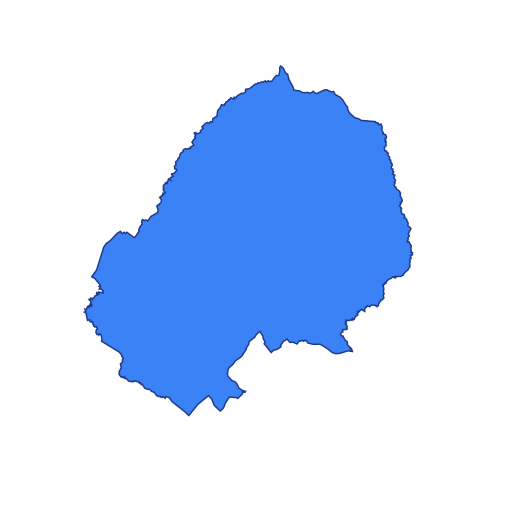 Chulabhorn, Nakhon Si Thammarat, Thailand (Albers equal-area conic projection), rotated 138°
{"feature_id": "78962969B60161161731937", "entity_name": "Chulabhorn", "entity_type": "district", "adm_level": 2, "iso_a3": "THA", "parent_name": "Thailand", "parent_adm1": "Nakhon Si Thammarat", "projection": "albers", "projection_center": [99.858, 8.079], "detail": "fine", "context": "isolated", "style": "filled", "palette": "blue", "viewbox_px": 512, "rotation_deg": 138, "n_neighbors": 0, "source": "geoboundaries", "source_scale": "gbopen_adm2", "svg_char_len": 6106}
<svg xmlns="http://www.w3.org/2000/svg" viewBox="0 0 512 512"><g transform="rotate(138 256 256)"><path d="M434.4,248.4L432.7,245.9L431.7,245.7L431.5,244.8L430.8,245.0L430.3,244.2L429.0,243.8L428.8,242.4L427.4,241.5L427.8,239.6L426.9,239.5L426.7,238.7L427.4,237.3L426.4,236.8L427.1,232.2L425.6,229.2L424.1,227.9L424.2,225.3L422.8,222.7L423.3,218.9L422.1,216.3L421.0,215.9L421.1,214.5L420.3,213.6L418.8,213.4L418.8,211.1L416.6,211.5L415.3,208.7L415.8,203.9L413.1,188.0L412.7,182.4L398.2,184.7L384.7,184.0L384.6,179.5L387.0,172.9L386.3,164.7L382.2,164.8L378.9,166.1L378.5,166.8L370.3,169.1L365.2,163.8L365.0,162.4L358.2,162.6L357.1,164.1L355.5,162.1L354.3,162.6L355.9,164.6L357.1,169.0L355.6,174.4L355.9,177.2L357.2,179.1L357.4,185.3L356.2,187.4L353.0,190.1L351.7,190.9L345.4,191.0L341.7,191.9L334.1,191.0L325.6,193.2L324.4,194.2L320.7,195.2L318.5,197.0L311.3,196.5L308.6,197.4L303.6,197.5L304.5,191.4L305.7,190.3L306.9,185.7L308.6,185.4L309.3,174.1L306.0,174.2L302.6,172.4L298.1,171.9L297.7,173.1L293.0,174.2L288.5,173.4L288.6,169.0L286.4,167.5L284.3,163.1L281.0,164.0L279.9,162.9L278.1,162.5L277.7,160.7L276.1,160.9L275.3,158.5L275.7,157.0L274.5,154.8L272.2,151.7L267.4,147.6L265.1,140.2L263.9,133.2L262.1,130.1L259.2,127.8L251.0,123.9L248.3,120.5L247.8,121.0L248.4,122.4L247.1,122.8L247.2,124.0L248.0,124.5L247.2,125.1L247.6,128.6L245.6,131.1L246.1,133.9L244.9,138.3L246.0,139.7L245.1,141.7L243.8,142.0L242.3,141.4L240.9,143.4L238.4,141.1L237.0,140.7L236.8,141.8L235.2,142.8L235.0,145.6L233.9,145.5L234.1,146.9L232.6,146.8L232.1,148.0L229.8,145.5L228.0,145.1L227.7,144.0L226.3,145.0L226.2,143.4L225.6,143.1L223.3,144.3L219.6,144.1L219.2,145.7L217.6,145.5L217.5,146.6L216.4,145.7L213.5,145.9L212.2,142.1L211.3,143.5L208.8,144.7L208.2,144.1L206.7,144.6L205.5,142.3L203.2,142.4L201.4,140.7L200.3,139.3L200.2,137.6L199.4,137.2L198.0,137.5L197.1,138.4L192.9,139.4L192.6,139.9L191.7,139.0L189.0,139.3L188.0,141.5L185.9,142.3L185.8,143.5L182.7,146.4L180.9,149.8L180.6,149.1L179.3,149.0L178.6,149.8L177.5,148.8L176.9,149.7L172.9,149.9L170.7,149.0L168.5,149.1L168.0,147.7L166.9,147.8L167.1,146.5L166.3,146.5L165.9,147.3L162.2,144.1L159.3,143.2L157.6,144.1L152.4,144.1L148.7,145.1L146.5,147.9L145.0,148.9L144.1,150.6L142.4,150.4L140.9,152.9L138.8,152.2L138.6,153.2L137.5,153.8L138.2,154.9L135.8,158.1L133.9,159.6L132.9,164.4L134.0,164.7L134.1,165.4L131.6,166.7L131.2,167.8L128.6,168.3L128.3,170.3L122.5,172.8L122.4,174.5L123.2,176.5L120.8,178.8L120.5,181.1L119.8,181.7L119.5,183.7L120.3,185.2L119.2,185.7L118.1,187.6L119.5,189.9L118.0,192.0L118.2,192.7L116.0,193.9L115.7,197.5L113.4,197.7L113.0,199.2L111.2,198.6L110.0,199.5L108.5,204.3L106.5,206.2L106.8,207.0L106.0,207.9L106.8,211.7L106.1,213.2L106.3,215.9L103.6,217.4L103.8,218.3L101.7,218.8L101.2,221.8L98.7,223.2L99.7,225.5L97.4,226.3L97.8,227.5L96.1,228.9L96.8,230.0L96.7,231.1L93.9,232.4L93.3,233.5L93.5,234.2L92.9,234.5L93.0,236.1L91.7,237.1L92.2,238.7L90.6,239.9L90.6,242.5L88.9,243.9L89.7,245.3L88.7,246.5L89.9,248.1L88.2,250.6L85.1,251.1L84.7,252.4L82.9,253.7L83.4,255.0L82.0,255.2L81.7,256.9L80.3,256.5L79.3,257.2L78.5,259.5L80.0,261.9L79.0,262.3L78.3,265.3L75.8,267.7L74.8,270.5L77.3,271.4L76.2,273.2L77.6,274.8L77.3,275.9L87.1,286.4L88.0,289.6L89.9,292.3L90.9,299.4L89.7,303.6L88.2,305.6L88.4,307.3L87.1,314.2L87.3,318.0L89.1,322.9L88.3,326.3L90.1,327.2L92.1,332.0L93.7,333.5L102.1,336.1L103.0,337.3L103.3,340.1L106.8,340.5L107.6,342.3L112.1,346.3L113.1,349.5L116.9,353.9L115.3,357.2L113.4,365.2L110.9,369.9L111.5,372.4L110.0,377.6L110.6,380.7L112.5,380.1L114.2,377.9L118.0,375.0L118.8,375.1L120.0,376.5L123.7,376.2L127.2,375.2L129.4,376.9L129.7,378.1L132.0,378.2L131.9,379.9L134.9,380.7L135.4,381.7L138.0,382.4L138.5,383.3L140.8,383.4L141.5,384.3L149.0,384.7L151.8,386.7L152.8,386.4L153.5,385.0L155.5,385.1L157.2,385.6L158.0,386.7L162.5,387.5L165.3,387.2L165.9,388.6L167.3,387.2L168.9,390.5L170.3,389.9L171.7,390.5L172.2,389.9L175.3,390.5L176.6,389.7L177.9,390.0L178.7,389.3L180.5,391.5L183.9,390.0L187.0,389.8L191.6,386.0L196.0,387.0L198.8,384.8L200.1,386.4L202.0,386.0L202.9,387.6L204.6,388.4L209.7,388.2L209.9,386.1L213.6,386.2L214.2,385.1L215.7,385.1L217.8,386.2L218.4,388.3L219.3,388.8L220.0,388.2L219.5,386.4L221.6,385.8L222.3,384.0L223.8,384.3L227.5,383.4L227.9,380.1L232.2,380.8L232.6,379.8L233.5,380.0L234.2,381.2L235.7,381.4L236.6,383.0L238.6,383.5L239.3,383.5L240.1,382.4L243.7,382.7L247.8,380.1L248.4,380.8L250.6,379.5L252.6,379.8L254.4,377.4L256.6,377.2L258.1,375.2L257.1,373.7L257.5,372.7L261.3,372.2L263.6,373.4L264.2,373.1L264.4,370.6L267.1,371.4L268.4,370.9L268.7,369.6L269.4,371.8L271.6,370.5L273.1,370.5L273.5,369.5L274.5,371.0L275.9,370.2L277.3,370.5L279.7,368.3L279.7,367.3L280.7,367.1L281.0,363.9L283.0,363.7L282.9,364.9L285.2,363.4L285.8,364.1L286.3,363.4L288.3,364.1L288.8,361.0L289.8,360.0L291.6,359.0L293.1,359.5L293.8,358.7L294.8,359.5L296.3,359.5L298.2,355.2L300.0,354.1L307.5,355.7L312.8,354.5L313.8,356.6L315.2,356.9L316.0,359.1L318.3,357.8L318.9,356.1L323.7,355.0L326.0,353.5L326.2,352.6L333.3,350.9L334.3,351.6L336.1,360.1L338.1,360.2L338.1,361.9L340.6,362.1L340.2,365.0L343.7,365.7L354.3,364.9L358.9,365.5L363.3,364.4L383.7,352.3L392.0,350.5L390.8,347.1L391.2,338.4L393.0,338.4L392.4,337.0L394.6,336.3L393.1,335.0L392.8,332.3L393.9,332.2L394.4,330.8L397.0,334.5L398.2,334.7L397.9,333.7L398.5,332.8L399.6,333.8L399.1,335.1L399.9,334.7L400.1,333.2L402.8,334.1L404.8,333.1L406.1,334.2L406.7,333.2L407.1,335.3L408.1,334.8L409.2,335.5L409.3,332.1L411.6,331.1L410.5,330.1L411.8,328.7L412.2,330.0L413.6,330.8L413.6,329.6L414.6,329.5L415.1,331.0L418.0,329.8L418.7,331.0L419.4,328.9L421.0,329.1L420.4,327.7L424.3,320.9L422.3,320.1L423.2,319.2L422.8,317.1L421.6,317.2L421.6,315.8L423.0,314.1L422.6,313.1L423.5,312.3L423.1,310.9L422.1,310.7L422.3,308.0L424.0,308.0L426.1,306.3L426.7,303.9L425.5,303.6L425.7,302.3L424.3,302.7L423.7,301.8L425.3,298.3L427.8,295.9L421.9,276.1L422.3,271.3L423.0,270.9L423.0,268.8L424.9,268.2L426.0,266.5L429.0,266.5L430.8,263.2L434.8,261.8L437.0,259.6L437.2,256.1L436.1,255.7L436.2,254.5L434.4,254.1L435.4,252.9L434.2,251.1L434.4,248.4Z" fill="#3b82f6" stroke="#1e3a8a" stroke-width="1.5"/></g></svg>